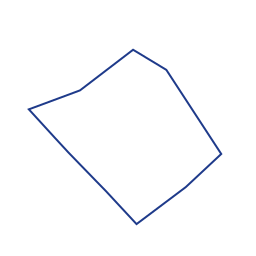 the state/province of Anibare, rotated 309°
{"feature_id": "NRU-4981", "entity_name": "Anibare", "entity_type": "state/province", "adm_level": 1, "iso_a3": "NRU", "parent_name": "Nauru", "parent_adm1": "", "projection": "mercator", "projection_center": [166.944, -0.519], "detail": "fine", "context": "isolated", "style": "outline", "palette": "blue", "viewbox_px": 256, "rotation_deg": 309, "n_neighbors": 0, "source": "natural_earth", "source_scale": "10m", "svg_char_len": 320}
<svg xmlns="http://www.w3.org/2000/svg" viewBox="0 0 256 256"><g transform="rotate(309 128 128)"><path d="M192.0,82.7L197.3,121.2L166.5,216.8L118.5,210.1L58.7,195.1L62.7,167.0L65.1,150.3L66.7,136.6L69.4,114.2L71.5,96.9L74.3,77.7L80.1,39.2L127.0,67.0L192.0,82.7Z" fill="none" stroke="#1e3a8a" stroke-width="2"/></g></svg>